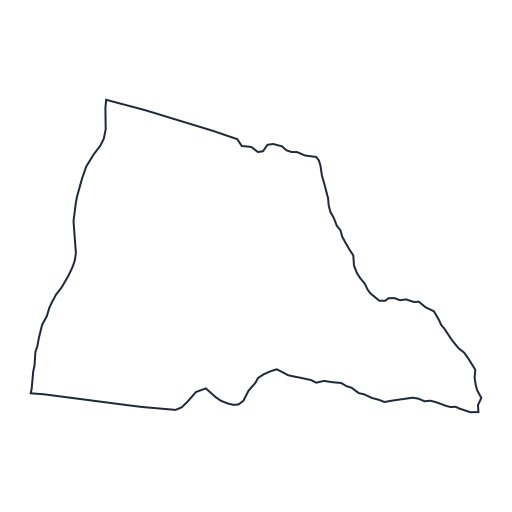 outline of São Jorge do Patrocínio, Paraná, Brazil
{"feature_id": "56859067B61124887275207", "entity_name": "São Jorge do Patrocínio", "entity_type": "district", "adm_level": 2, "iso_a3": "BRA", "parent_name": "Brazil", "parent_adm1": "Paraná", "projection": "robinson", "projection_center": [-53.907, -23.723], "detail": "fine", "context": "isolated", "style": "outline", "palette": "slate", "viewbox_px": 512, "rotation_deg": 0, "n_neighbors": 0, "source": "geoboundaries", "source_scale": "gbopen_adm2", "svg_char_len": 1817}
<svg xmlns="http://www.w3.org/2000/svg" viewBox="0 0 512 512"><path d="M478.4,412.1L478.0,405.1L481.3,397.9L477.1,390.1L475.6,384.3L474.6,377.7L475.3,369.8L468.9,359.4L464.2,352.7L458.6,348.3L454.8,343.7L451.7,339.8L444.4,328.7L441.3,325.1L438.6,319.3L433.9,311.3L425.4,307.2L418.8,301.7L413.9,302.0L406.1,299.4L400.0,300.2L394.4,298.1L388.7,298.2L385.1,300.8L379.3,300.7L370.4,293.4L367.7,289.8L364.8,283.7L360.1,278.0L356.8,272.8L354.0,265.6L353.3,255.4L349.2,249.2L345.2,242.2L342.2,236.6L340.5,230.4L336.8,225.7L333.7,217.8L330.4,212.0L328.7,205.4L328.1,198.3L325.6,188.8L323.6,181.3L321.9,175.6L321.2,170.7L320.5,166.0L319.0,160.6L316.1,156.9L311.6,156.4L304.7,155.4L297.1,152.1L291.4,152.0L286.5,150.3L281.9,146.3L273.1,144.0L267.5,144.8L262.9,151.3L257.9,152.0L251.2,146.9L241.8,146.0L237.2,139.1L230.3,136.8L212.7,130.8L144.5,110.0L118.5,103.1L106.2,99.8L105.4,107.6L105.7,129.3L103.8,138.6L100.4,145.6L93.3,154.9L86.2,166.6L82.0,178.7L77.0,196.7L75.9,202.5L73.5,221.1L75.9,253.1L74.9,259.9L73.5,264.5L71.7,268.9L68.2,276.1L61.7,287.3L56.1,294.5L52.3,301.5L49.4,307.6L46.8,316.2L42.1,324.8L38.8,338.2L37.4,346.2L35.4,352.0L34.5,365.7L33.2,371.5L31.7,388.4L30.7,393.3L44.1,394.3L130.8,405.6L142.3,407.0L175.6,409.9L181.7,407.3L187.4,401.8L196.0,392.0L205.8,388.4L215.6,397.1L221.0,400.8L228.1,403.6L233.7,404.9L238.6,404.4L243.4,400.8L248.5,390.7L255.3,383.0L258.0,378.0L263.5,374.4L270.4,371.3L276.8,369.3L283.8,372.9L288.0,375.2L293.4,376.4L301.6,378.0L311.1,380.1L316.3,382.7L324.0,380.9L332.3,382.2L341.2,383.0L346.3,386.1L351.7,387.8L358.7,393.1L364.1,394.3L372.0,398.0L378.9,399.8L384.4,402.0L392.9,400.5L403.4,399.0L412.9,397.7L418.5,398.7L424.7,401.3L430.1,400.7L435.9,402.1L446.1,405.9L450.4,407.0L455.7,406.8L459.5,408.6L470.3,412.2L478.4,412.1Z" fill="none" stroke="#1e293b" stroke-width="2"/></svg>